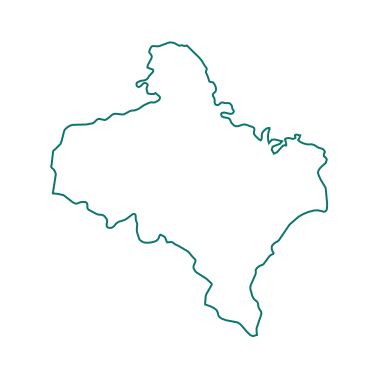 map outline of Ivano-Frankivs'k (Natural Earth projection), rotated 352°
{"feature_id": "UKR-289", "entity_name": "Ivano-Frankivs'k", "entity_type": "Region", "adm_level": 1, "iso_a3": "UKR", "parent_name": "Ukraine", "parent_adm1": "", "projection": "natural_earth1", "projection_center": [24.645, 48.617], "detail": "fine", "context": "isolated", "style": "outline", "palette": "teal", "viewbox_px": 384, "rotation_deg": 352, "n_neighbors": 0, "source": "natural_earth", "source_scale": "10m", "svg_char_len": 5997}
<svg xmlns="http://www.w3.org/2000/svg" viewBox="0 0 384 384"><g transform="rotate(352 192 192)"><path d="M236.5,342.6L232.3,343.2L229.8,341.8L226.7,337.7L222.3,330.8L220.7,328.9L218.7,327.4L208.1,323.8L203.7,321.5L201.4,319.2L200.8,317.1L200.7,314.9L199.8,312.3L197.7,310.1L194.4,307.8L189.4,305.2L189.7,303.2L191.0,297.4L191.8,295.4L198.5,286.8L198.7,285.9L198.6,285.3L194.2,279.9L185.3,272.3L184.4,271.2L184.0,270.3L183.3,268.8L183.0,267.8L183.0,266.9L183.1,266.2L183.5,264.9L185.6,261.6L185.9,260.5L185.9,259.8L185.7,259.2L183.0,255.5L180.6,251.4L179.6,250.2L171.1,243.5L168.5,241.8L167.2,240.7L166.1,239.5L165.2,238.9L164.3,238.6L161.0,238.5L160.4,238.4L160.1,237.9L159.2,233.8L158.8,232.8L158.2,232.2L156.7,231.2L155.3,230.1L154.8,229.9L154.3,230.1L153.9,230.5L152.8,232.7L152.1,233.6L151.3,234.5L149.7,235.4L148.4,235.8L145.4,236.2L142.1,236.2L138.1,235.5L137.2,235.1L136.2,234.5L134.6,233.2L133.7,232.1L133.3,231.3L133.1,230.7L132.2,225.6L132.0,223.6L132.0,222.2L132.8,218.1L133.2,216.8L133.3,215.4L132.7,213.0L132.6,212.4L132.5,211.2L132.9,207.9L132.8,206.7L132.4,206.1L131.8,205.7L131.1,205.6L130.4,205.7L129.8,205.9L123.4,209.5L120.9,210.4L115.1,211.3L112.3,212.8L110.2,214.9L108.6,215.8L107.4,216.2L106.5,216.2L105.5,216.1L104.0,215.6L103.3,215.0L102.9,214.4L102.8,213.8L102.9,212.5L103.2,211.2L103.7,210.1L104.0,208.7L103.9,207.8L103.6,206.7L102.7,204.9L101.6,203.4L100.1,202.3L98.9,201.9L97.2,201.6L96.1,201.3L94.9,200.8L87.7,195.6L86.9,194.8L86.4,194.0L86.2,192.7L86.6,190.5L86.6,189.7L86.3,188.3L85.8,187.6L85.1,187.2L83.7,186.8L82.0,186.6L80.4,186.6L78.9,186.9L76.9,187.4L75.9,187.4L74.8,187.2L72.4,185.5L64.4,177.3L59.3,175.3L54.0,174.0L59.6,155.6L59.5,154.3L58.9,151.9L58.1,150.4L56.7,148.8L56.2,147.9L56.1,147.1L56.3,146.5L56.8,145.4L59.9,133.2L60.5,131.8L62.7,130.5L68.4,126.2L69.2,124.9L70.2,122.9L73.7,114.2L74.0,113.6L75.2,112.2L77.5,110.6L79.8,109.6L81.1,109.2L83.2,108.9L96.3,110.4L102.9,110.2L105.0,109.3L107.8,107.2L108.7,106.8L109.4,106.7L110.9,106.9L115.6,108.6L116.7,108.4L118.2,107.8L124.1,104.2L126.2,103.8L127.8,104.0L133.5,105.5L134.3,105.6L135.8,105.5L141.9,103.2L143.4,103.0L146.7,103.2L149.5,102.6L150.8,102.2L156.4,99.4L161.5,97.8L163.8,97.5L165.3,97.7L165.9,98.0L166.8,98.1L168.1,98.0L170.6,97.1L171.9,96.4L172.7,95.7L173.3,94.6L173.4,93.9L173.3,93.3L173.1,92.8L169.6,88.9L168.1,89.6L165.6,89.4L162.6,88.6L161.7,87.9L161.3,83.9L161.4,83.3L161.6,82.5L162.6,80.9L162.9,80.2L163.0,79.5L162.8,79.0L162.5,78.5L162.0,78.2L160.9,77.6L160.2,77.4L159.5,77.5L158.8,77.8L156.1,79.9L154.9,80.4L154.3,80.6L153.6,80.5L153.0,80.2L152.6,79.8L152.2,79.3L152.0,78.7L152.0,77.9L152.2,76.8L152.6,76.2L153.1,75.8L155.7,75.0L157.2,74.8L160.1,74.8L161.8,74.5L163.4,73.8L164.3,72.9L165.5,71.4L169.8,67.8L170.4,67.1L170.5,66.4L170.5,65.8L170.2,65.3L169.7,65.0L165.7,62.9L165.2,62.5L165.4,61.5L166.1,59.9L170.1,54.5L170.8,53.3L171.0,51.9L170.9,51.3L170.2,49.6L169.3,48.2L169.1,47.6L169.2,46.8L169.8,45.7L170.9,43.8L171.7,42.9L172.4,42.3L173.1,42.1L173.9,42.1L178.5,43.0L179.9,43.0L189.8,40.8L191.4,40.9L192.9,41.2L194.2,41.6L195.4,42.2L198.3,44.3L198.8,44.8L199.9,45.4L200.5,45.4L201.7,45.2L202.9,45.5L204.0,46.1L204.8,46.3L205.4,46.4L207.3,46.2L217.9,60.0L219.9,63.3L222.2,68.8L222.9,69.8L223.7,71.5L223.7,72.3L223.5,72.9L222.9,73.9L222.6,74.5L222.5,75.8L223.4,78.7L224.1,81.8L224.4,84.4L224.7,85.0L225.4,85.5L228.1,86.4L228.6,87.1L229.2,88.3L229.7,89.8L230.0,91.0L230.2,92.4L230.1,93.8L229.9,94.4L229.4,95.5L229.0,96.0L227.0,97.3L226.6,97.8L226.3,98.2L226.1,98.8L226.1,99.4L226.2,100.0L227.1,102.1L227.2,102.8L227.2,104.2L226.9,106.3L226.9,107.0L227.2,108.1L228.0,109.1L228.7,109.4L229.9,109.5L230.6,109.3L232.8,107.9L233.3,107.6L234.0,107.5L234.7,107.6L237.2,108.6L241.2,109.2L241.8,109.6L242.4,110.3L243.1,111.5L243.4,112.3L243.5,113.2L243.5,114.6L243.6,115.2L243.8,115.8L244.4,116.8L244.6,117.3L244.6,117.9L244.4,118.5L243.6,119.4L243.1,119.7L242.5,120.0L241.1,120.0L239.7,119.6L236.0,118.1L234.5,117.8L232.9,117.8L232.3,118.1L231.9,118.5L231.7,119.1L231.7,120.3L232.2,121.4L233.7,122.4L238.0,123.8L239.0,124.5L239.8,125.7L240.2,127.7L240.8,129.2L242.7,131.8L244.6,133.0L246.8,133.2L252.3,132.3L254.3,132.6L261.1,136.1L262.4,137.3L262.5,138.9L261.5,141.7L261.6,143.4L262.3,144.9L265.5,149.1L267.2,150.4L268.2,149.4L268.8,147.3L269.0,145.4L269.4,144.0L270.2,142.8L271.3,141.7L274.2,139.7L275.7,139.3L277.6,139.4L277.6,140.6L276.3,142.7L275.1,146.8L274.6,151.3L275.0,154.3L278.2,151.4L281.3,151.5L288.3,154.3L285.6,156.6L278.2,158.3L276.8,161.1L278.4,165.4L281.8,164.4L288.4,158.8L290.4,158.6L291.4,159.1L291.8,159.0L292.0,156.6L291.7,154.5L291.4,153.0L292.0,152.2L294.7,151.9L296.3,152.3L297.9,153.0L299.7,153.5L301.8,153.0L302.1,152.3L301.8,151.2L301.9,150.1L303.0,149.6L303.9,149.8L305.9,150.7L307.0,150.9L306.0,153.2L305.3,154.3L304.3,155.3L305.8,157.1L308.5,159.0L311.6,160.5L313.8,161.1L317.2,161.4L319.4,162.4L323.3,165.6L326.9,167.3L327.8,167.9L329.2,170.4L329.0,171.4L328.3,171.9L327.8,173.0L327.7,174.6L327.6,174.9L327.9,175.1L329.2,176.5L330.0,178.4L329.6,179.7L328.9,180.7L328.7,181.6L323.8,184.9L322.2,186.2L321.0,187.4L320.4,188.2L319.7,189.5L319.5,190.4L319.5,191.1L319.8,193.1L321.2,197.8L324.7,205.9L324.9,207.7L324.2,222.5L323.4,226.8L322.9,228.2L322.3,229.2L321.6,229.6L320.9,229.9L320.2,229.9L319.5,229.8L317.0,228.7L314.4,227.8L312.8,227.5L310.2,227.3L304.2,228.0L298.9,229.4L294.1,231.3L284.0,237.9L271.4,251.8L270.3,252.6L268.9,253.1L267.0,253.9L265.1,255.2L264.2,256.0L263.6,256.7L263.4,257.3L263.1,258.7L263.1,260.1L263.3,261.4L264.3,263.6L264.1,264.4L263.7,264.8L262.2,265.0L261.1,265.5L259.7,266.4L252.9,273.3L252.4,273.6L251.8,273.9L249.4,274.4L248.0,274.9L245.8,276.3L244.9,277.2L244.3,278.0L243.8,281.6L243.1,282.9L237.2,292.5L236.7,293.7L236.4,295.3L236.3,296.5L236.8,299.6L237.0,302.3L237.3,303.5L238.3,306.3L238.6,306.8L240.9,309.4L241.5,310.3L241.8,311.6L241.8,315.1L241.9,315.7L242.3,316.9L243.5,319.5L243.8,320.8L243.8,321.4L243.8,322.1L243.3,323.4L237.0,335.9L236.5,339.6L236.5,342.6Z" fill="none" stroke="#0f766e" stroke-width="2"/></g></svg>